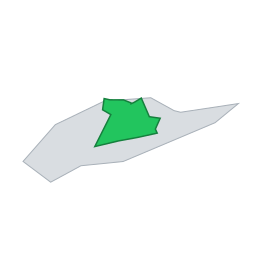 Palau, with Ngeremlengui highlighted, rotated 59°
{"feature_id": "PLW-5256", "entity_name": "Ngeremlengui", "entity_type": "state/province", "adm_level": 1, "iso_a3": "PLW", "parent_name": "Palau", "parent_adm1": "", "projection": "natural_earth1", "projection_center": [134.562, 7.532], "detail": "fine", "context": "in_parent", "style": "filled", "palette": "green", "viewbox_px": 256, "rotation_deg": 59, "n_neighbors": 0, "source": "natural_earth", "source_scale": "10m", "svg_char_len": 568}
<svg xmlns="http://www.w3.org/2000/svg" viewBox="0 0 256 256"><g transform="rotate(59 128 128)"><path d="M134.6,222.2L102.6,235.2L87.7,188.6L92.7,134.5L113.8,92.9L136.8,79.6L141.6,74.8L163.9,20.8L168.3,50.6L154.2,149.4L136.1,187.8L134.6,222.2Z" fill="#d9dde1" stroke="#a8b0b8" stroke-width="1"/><path d="M99.3,140.4L90.5,133.3L94.6,128.9L101.6,117.4L108.0,112.5L108.8,112.9L109.2,109.5L109.2,101.2L129.3,103.9L136.2,95.4L143.0,105.1L147.4,105.6L141.1,124.4L134.2,142.7L126.8,166.0L107.7,135.8L99.3,140.4Z" fill="#22c55e" stroke="#15803d" stroke-width="1.5"/></g></svg>